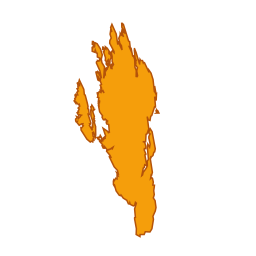 Radøy nor, Norway, rotated 38°
{"feature_id": "86288312B30857166423127", "entity_name": "Radøy nor", "entity_type": "district", "adm_level": 2, "iso_a3": "NOR", "parent_name": "Norway", "parent_adm1": "", "projection": "albers", "projection_center": [4.99, 60.666], "detail": "fine", "context": "isolated", "style": "filled", "palette": "amber", "viewbox_px": 256, "rotation_deg": 38, "n_neighbors": 0, "source": "geoboundaries", "source_scale": "gbopen_adm2", "svg_char_len": 5708}
<svg xmlns="http://www.w3.org/2000/svg" viewBox="0 0 256 256"><g transform="rotate(38 128 128)"><path d="M209.3,196.4L208.9,192.7L204.3,184.3L202.0,182.2L200.6,176.6L199.0,173.4L194.1,168.6L191.0,167.5L189.7,164.3L186.9,161.6L184.1,156.8L182.7,157.7L181.3,155.1L178.3,152.6L177.1,152.5L176.9,154.0L175.1,150.6L175.6,150.5L174.5,147.9L164.4,138.4L164.0,137.4L164.8,137.8L164.1,136.8L164.6,134.3L163.3,131.3L163.7,130.4L162.3,127.6L149.3,116.1L145.9,114.9L146.8,118.1L148.0,119.4L149.1,119.1L149.6,121.7L150.6,123.1L155.3,127.0L156.8,129.8L153.5,128.5L155.5,131.7L163.4,140.1L163.6,142.3L166.5,145.9L167.1,148.5L167.3,153.7L168.4,156.1L168.2,157.1L164.7,150.1L165.1,149.2L163.8,146.6L165.4,146.3L165.2,145.4L158.2,139.1L157.8,138.4L158.3,137.9L157.7,137.2L154.2,135.3L153.6,134.1L154.7,133.4L153.1,131.2L149.8,128.9L148.0,129.7L150.3,127.9L146.1,121.9L146.6,121.0L144.9,115.9L136.1,107.2L139.0,109.1L140.7,108.5L138.7,104.8L139.0,103.5L135.9,95.0L136.6,94.7L136.3,94.0L129.7,86.9L133.3,89.0L129.3,83.4L129.1,84.1L127.9,83.5L128.9,83.7L123.1,78.5L127.7,83.2L126.4,83.1L117.9,74.4L112.4,70.6L108.9,69.5L110.3,71.2L100.8,66.4L99.8,66.6L99.9,67.3L97.9,65.9L96.5,67.0L95.2,66.5L97.0,69.3L96.3,69.0L96.6,69.7L88.0,63.6L83.7,61.1L85.9,62.7L84.5,62.2L90.3,68.3L93.0,69.8L93.0,70.8L94.4,72.0L94.6,73.3L98.3,74.6L99.8,77.7L103.4,80.9L103.6,81.9L102.7,82.4L99.2,77.7L96.0,75.8L90.9,69.7L87.2,67.5L88.1,68.6L87.1,68.2L81.3,63.2L80.3,63.5L85.1,66.5L78.9,63.2L79.8,62.8L76.0,58.9L74.9,59.1L60.6,49.2L58.2,49.1L60.9,50.3L59.2,50.1L61.1,52.4L65.2,53.7L67.9,55.4L63.9,53.8L63.4,54.2L66.2,55.9L63.0,54.6L63.9,56.3L68.4,58.9L63.7,57.5L66.3,59.2L63.6,58.2L64.6,59.6L65.5,63.0L69.4,66.3L72.2,67.2L75.3,70.2L66.7,65.8L68.6,68.6L60.9,61.2L51.5,56.2L52.5,59.6L56.1,62.2L54.3,61.9L56.1,65.1L59.4,67.5L59.9,70.3L61.4,72.5L69.8,76.3L70.6,77.2L68.1,76.9L68.3,78.9L71.5,81.4L74.5,85.3L77.5,86.9L77.6,87.9L76.1,87.0L75.9,87.9L78.8,91.0L78.0,91.5L74.1,88.5L71.8,85.2L71.3,82.6L66.2,78.8L68.3,81.6L67.1,80.8L67.3,81.4L65.5,78.9L62.5,77.9L60.3,77.9L62.0,79.5L59.9,79.7L60.2,80.5L59.0,79.4L58.3,79.8L59.7,81.6L61.3,81.1L62.2,82.6L61.7,82.9L67.0,86.5L68.6,88.9L70.0,88.9L71.4,91.1L72.7,91.4L70.4,88.1L70.4,86.4L74.4,89.8L72.3,89.8L74.7,91.8L75.1,94.5L75.9,95.2L73.9,94.0L73.7,94.9L76.0,96.7L74.0,96.2L76.7,99.3L75.2,98.8L77.0,100.7L78.3,103.9L71.8,94.3L67.1,92.5L65.3,90.8L63.4,91.4L64.2,92.6L62.7,93.4L63.3,93.7L62.3,94.9L63.0,96.2L70.6,100.2L76.3,105.0L72.9,103.8L71.8,102.3L69.7,102.1L70.5,103.2L68.9,102.9L68.3,103.5L68.5,103.9L74.7,108.7L75.5,108.6L71.9,105.4L75.7,107.3L75.6,106.1L76.1,106.0L76.8,107.7L80.3,110.0L79.7,111.4L82.4,112.7L81.9,113.2L83.9,114.9L82.8,115.3L83.2,115.7L84.1,115.4L84.9,113.8L87.6,115.1L84.8,114.4L84.5,115.4L84.9,116.7L82.5,116.9L83.2,117.2L82.8,117.9L83.6,119.9L81.6,118.9L84.7,121.4L85.0,122.6L86.4,122.2L88.6,125.9L88.9,126.0L87.9,124.3L89.0,124.2L89.8,125.5L89.0,125.7L90.2,127.0L89.8,127.2L92.3,129.0L91.0,128.1L90.8,128.4L95.7,132.7L100.5,134.1L100.8,135.4L103.3,136.6L104.2,136.4L104.4,135.0L105.9,135.3L105.6,134.4L106.5,135.7L107.5,135.0L108.0,135.7L107.1,135.9L107.5,137.1L108.7,137.9L110.6,137.1L115.8,142.7L115.0,143.2L116.0,144.1L114.2,143.2L108.5,143.5L115.2,148.0L115.8,149.8L116.9,150.6L114.9,149.8L114.8,150.8L116.0,152.1L115.6,152.9L110.7,150.9L111.2,152.4L109.5,154.6L111.7,155.3L112.7,154.6L110.4,154.2L112.1,151.7L115.6,153.8L114.3,154.3L115.2,154.9L113.4,155.5L113.8,156.0L118.3,156.8L118.3,157.8L120.8,159.1L121.7,158.5L119.5,156.8L125.1,158.0L126.9,155.6L128.0,152.3L128.4,153.8L127.8,153.6L127.7,154.5L125.1,158.9L125.4,159.5L130.9,160.7L132.7,161.7L132.4,162.4L130.4,161.5L131.0,162.2L141.0,167.1L145.8,167.9L148.4,170.0L146.5,170.1L149.6,171.8L148.5,172.0L150.7,174.9L149.2,175.2L149.6,177.8L148.7,177.6L149.2,178.9L151.3,181.5L152.5,182.0L151.8,180.8L157.4,184.9L162.5,186.4L163.8,185.9L163.7,185.1L167.5,186.2L171.6,185.7L175.0,187.5L176.0,186.9L175.6,186.0L176.7,186.8L180.2,186.1L180.8,184.8L179.6,182.0L180.9,182.1L183.0,187.7L188.9,193.9L188.4,194.5L189.1,195.5L196.6,202.2L200.0,206.9L204.3,206.2L203.1,204.5L206.3,202.0L205.5,199.1L209.3,196.4ZM69.3,124.7L60.1,120.1L61.0,122.2L60.4,123.9L63.0,125.4L61.5,123.9L62.9,122.7L63.2,124.4L63.7,124.5L62.7,125.9L64.2,127.2L63.6,128.4L66.1,129.5L65.7,130.5L66.3,131.3L66.0,131.8L68.0,132.8L67.2,133.5L67.4,134.3L66.0,133.7L65.9,134.7L68.1,136.3L67.8,137.5L68.8,138.1L68.8,139.8L71.7,140.7L71.0,139.6L74.7,140.1L75.0,139.3L76.6,140.6L76.4,143.0L77.9,143.1L78.3,145.6L79.2,145.9L78.5,147.3L81.2,148.4L80.8,147.7L83.4,146.6L83.0,148.0L83.4,148.3L83.1,151.0L82.4,150.0L80.4,150.6L81.6,151.2L81.2,153.2L82.0,154.2L83.0,155.0L84.0,154.0L84.0,155.0L87.9,155.9L88.9,153.2L89.8,152.4L90.2,153.7L91.4,153.7L91.4,156.5L90.7,156.7L92.3,158.5L102.5,162.1L106.9,162.3L107.2,161.0L108.8,160.7L106.9,157.3L108.2,158.6L108.6,158.5L106.7,156.0L105.9,155.8L106.2,156.6L102.9,153.4L103.4,152.5L107.9,155.2L106.8,153.3L101.6,146.8L98.2,144.5L97.3,142.7L95.8,142.4L95.8,141.4L95.1,141.4L94.4,139.6L90.0,136.7L90.1,134.5L89.7,134.9L88.9,133.4L85.4,132.2L86.1,134.0L85.7,134.3L88.4,136.5L87.6,136.9L91.7,141.6L96.6,144.8L99.0,148.2L98.6,148.5L99.3,150.0L99.8,149.5L100.0,150.7L101.4,151.8L96.0,149.8L95.9,148.7L95.2,148.3L96.1,147.8L95.6,146.9L88.1,141.7L89.2,141.2L85.3,137.5L84.3,137.5L83.2,135.6L80.7,133.5L74.0,128.4L73.0,128.5L69.3,124.7ZM47.5,81.2L46.7,81.7L48.3,84.0L50.4,84.0L50.4,82.7L51.5,84.3L51.9,85.3L50.6,84.2L50.3,85.9L50.9,86.8L50.4,86.9L52.6,89.6L55.1,88.8L54.2,86.7L56.8,88.4L57.8,88.0L60.1,90.9L64.5,90.0L62.7,86.2L57.7,82.7L51.8,80.6L49.4,81.1L49.4,82.5L47.5,81.2ZM143.1,97.2L140.6,96.0L139.6,96.1L140.7,96.9L139.5,96.3L140.0,97.1L138.9,97.1L141.3,97.9L141.0,98.9L143.1,97.2Z" fill="#f59e0b" stroke="#b45309" stroke-width="1.5"/></g></svg>